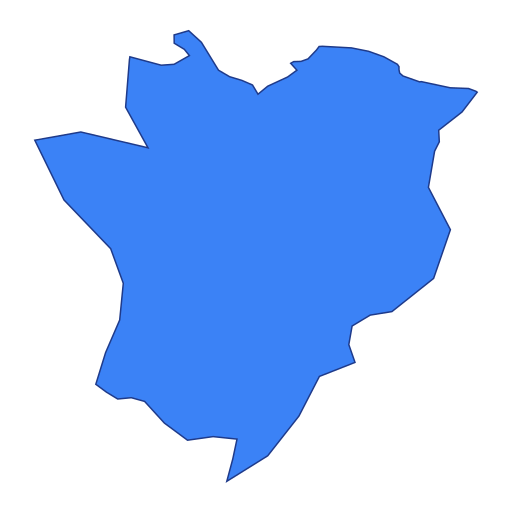 the border of El Seybo
{"feature_id": "DOM-1986", "entity_name": "El Seybo", "entity_type": "Province", "adm_level": 1, "iso_a3": "DOM", "parent_name": "Dominican Republic", "parent_adm1": "", "projection": "mercator", "projection_center": [-69.039, 18.789], "detail": "fine", "context": "isolated", "style": "filled", "palette": "blue", "viewbox_px": 512, "rotation_deg": 0, "n_neighbors": 0, "source": "natural_earth", "source_scale": "10m", "svg_char_len": 999}
<svg xmlns="http://www.w3.org/2000/svg" viewBox="0 0 512 512"><path d="M129.9,56.8L161.2,65.2L174.1,64.3L189.4,55.6L184.3,49.3L174.2,43.2L174.1,34.9L188.7,30.7L201.4,42.3L218.5,70.2L229.6,76.7L241.9,80.4L252.5,85.0L258.0,94.2L267.7,86.2L287.6,77.0L296.9,70.2L290.7,63.3L293.7,61.6L301.0,61.4L308.0,58.9L316.5,50.0L319.1,46.5L322.3,46.3L351.5,47.9L368.6,51.3L383.9,56.8L397.4,64.3L399.0,66.7L399.0,69.8L399.7,73.1L403.0,76.0L419.7,81.9L421.2,81.6L450.3,87.8L468.5,88.5L475.8,91.2L477.2,92.2L462.0,112.0L438.7,130.2L439.3,141.8L434.6,151.2L428.4,187.4L450.4,229.7L433.6,278.4L391.9,311.6L370.2,315.1L352.1,326.0L348.8,344.6L355.0,362.4L319.4,376.4L298.9,416.1L267.7,455.8L226.8,481.3L232.8,458.9L237.0,439.1L213.1,436.6L187.5,440.2L164.4,423.1L144.6,401.4L131.3,397.7L117.7,399.0L106.5,392.2L95.8,384.3L105.6,352.6L119.7,320.0L123.3,283.3L110.7,248.7L64.0,200.0L34.8,140.2L80.8,132.0L148.0,147.8L125.6,107.2L129.4,60.1L129.4,59.9L129.9,56.8Z" fill="#3b82f6" stroke="#1e3a8a" stroke-width="1.5"/></svg>